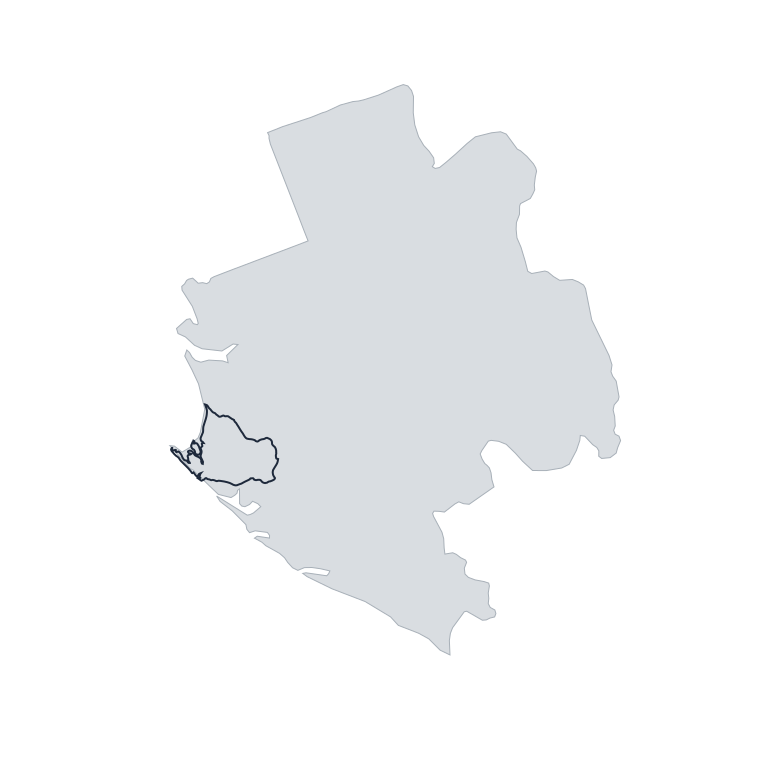 Bendjè, Ogooué-Maritime, Gabon shown in context, rotated 339°
{"feature_id": "22940354B80874584292882", "entity_name": "Bendjè", "entity_type": "district", "adm_level": 2, "iso_a3": "GAB", "parent_name": "Gabon", "parent_adm1": "Ogooué-Maritime", "projection": "natural_earth1", "projection_center": [9.224, -0.836], "detail": "fine", "context": "in_parent", "style": "outline", "palette": "slate", "viewbox_px": 768, "rotation_deg": 339, "n_neighbors": 0, "source": "geoboundaries", "source_scale": "gbopen_adm2", "svg_char_len": 7969}
<svg xmlns="http://www.w3.org/2000/svg" viewBox="0 0 768 768"><g transform="rotate(339 384 384)"><path d="M514.9,119.9L514.6,126.1L508.5,141.3L505.6,153.1L504.9,165.6L506.6,175.6L509.5,182.8L511.4,190.6L510.0,196.1L507.0,198.4L509.0,201.1L513.5,201.8L521.0,199.4L532.7,195.2L547.9,189.2L557.9,186.0L574.4,188.0L583.2,190.3L587.7,194.5L592.6,212.5L595.0,215.2L599.0,222.8L602.4,232.0L603.1,236.6L602.7,240.0L599.4,245.0L595.6,252.2L594.3,256.7L591.1,259.9L587.1,263.2L576.1,264.5L574.4,266.4L571.3,274.1L565.5,280.7L562.8,286.9L560.5,295.2L560.9,305.5L559.8,320.3L558.6,330.3L561.5,333.8L574.7,336.2L577.2,338.2L580.7,344.4L585.2,350.2L597.3,353.9L602.0,358.3L605.8,363.2L606.3,367.2L603.5,383.3L600.9,398.7L601.9,410.4L602.9,421.6L604.3,437.9L603.7,447.9L600.3,453.9L600.3,458.7L601.8,464.5L598.8,480.3L596.8,483.0L591.4,486.0L588.6,490.3L587.7,497.0L584.8,506.1L581.8,509.5L581.8,513.7L584.7,516.9L584.6,521.6L579.2,527.3L576.0,531.7L568.8,533.8L560.5,531.5L558.6,528.4L560.6,523.4L559.9,519.5L557.1,515.4L552.7,504.7L548.8,502.4L546.6,506.8L539.9,514.9L528.1,525.3L519.8,526.1L504.5,523.0L491.7,518.0L485.7,505.8L481.9,495.8L476.5,484.1L470.4,478.5L463.8,475.0L460.9,474.7L451.5,481.2L448.7,483.8L448.7,489.3L449.6,494.4L451.0,496.8L452.3,500.1L452.1,505.2L450.4,512.0L449.8,519.5L420.4,526.8L415.3,524.2L411.6,520.8L407.2,521.4L394.5,525.2L389.8,522.6L385.1,520.6L383.0,522.2L382.8,525.5L385.0,543.1L384.3,549.8L381.4,558.6L379.9,564.6L387.7,566.2L390.5,569.0L393.2,573.5L397.0,577.6L397.2,580.1L393.0,584.7L391.5,590.4L393.5,594.8L398.8,599.5L406.6,604.3L410.4,607.4L410.0,610.3L406.4,616.5L405.0,621.7L402.6,626.4L403.1,630.7L406.5,634.7L406.2,638.4L403.8,641.1L399.0,640.5L394.9,640.9L391.2,639.8L379.8,625.8L377.3,625.4L360.7,636.1L356.6,640.6L353.1,646.9L348.5,660.6L341.0,652.6L334.5,638.0L326.9,629.0L310.9,614.5L306.7,603.8L288.4,580.3L262.2,556.7L243.2,536.3L240.3,531.7L243.5,532.3L261.8,542.5L264.3,541.3L266.5,539.1L258.5,533.7L251.0,529.5L243.9,526.9L236.8,527.1L232.8,522.8L230.2,516.2L228.9,510.6L225.8,504.7L215.7,492.6L213.3,487.9L207.8,481.5L211.1,480.7L221.9,486.8L222.9,484.3L222.0,480.8L211.1,474.9L205.2,474.6L203.9,470.5L204.7,465.8L196.9,448.1L188.9,434.9L187.6,428.6L209.3,457.4L212.2,457.9L216.0,457.6L225.0,454.4L223.3,450.5L219.3,446.4L215.3,448.3L210.2,448.7L207.5,447.0L206.3,444.0L211.5,430.1L209.2,430.8L207.6,433.3L204.8,434.4L200.5,435.2L189.8,427.7L180.3,407.5L177.8,403.4L175.3,396.4L172.8,393.5L162.0,364.8L166.1,366.9L171.1,375.2L180.7,373.5L184.4,368.7L187.7,368.8L191.1,367.7L195.3,363.2L207.6,343.4L210.9,317.4L209.8,301.9L208.0,286.5L212.1,281.6L213.7,284.9L214.5,290.3L216.4,294.4L220.8,298.0L229.0,298.9L241.6,304.6L246.1,308.3L247.3,301.0L261.8,294.8L257.4,292.6L244.5,295.1L226.8,285.9L221.0,280.0L215.5,268.9L209.8,263.1L210.2,257.8L222.9,253.0L226.3,253.6L227.6,259.3L231.0,261.7L232.3,260.9L232.9,256.0L232.9,242.8L229.1,224.0L230.2,220.4L233.7,219.1L236.8,216.6L239.0,216.1L243.3,216.6L245.5,220.9L246.6,223.3L251.0,224.4L254.5,226.8L257.6,226.1L260.2,223.4L263.9,222.9L275.5,222.9L286.0,222.9L306.9,223.0L327.8,223.1L348.7,223.2L364.4,223.2L364.3,212.5L364.3,195.9L364.2,176.2L364.1,157.4L364.0,140.0L363.9,119.4L364.7,113.4L365.7,111.0L365.4,107.6L381.6,107.4L410.8,108.9L423.6,108.7L427.3,109.0L443.3,107.9L456.2,109.2L461.7,110.7L466.7,111.4L482.2,112.3L502.4,111.2L509.3,111.4L513.1,114.3L514.9,119.9Z" fill="#d9dde1" stroke="#a8b0b8" stroke-width="1"/><path d="M231.1,363.9L230.3,362.9L229.6,362.2L228.9,361.2L228.2,360.2L227.6,359.3L227.0,358.4L226.4,358.0L225.8,357.7L225.0,357.5L224.1,357.2L223.5,356.6L223.0,356.0L222.3,355.8L221.3,355.8L220.0,355.9L218.9,355.7L218.1,355.1L217.7,354.3L217.3,353.5L216.6,352.6L216.3,351.9L216.0,351.1L215.5,350.3L214.8,349.8L214.1,349.0L213.6,347.9L213.2,346.7L212.8,345.4L212.1,344.1L211.8,342.8L211.5,341.3L211.1,340.3L210.0,339.3L209.6,339.0L209.5,343.1L209.2,345.2L208.7,346.6L208.2,347.7L207.4,349.3L206.5,350.8L205.0,352.9L202.7,355.7L200.2,358.9L199.4,360.4L198.3,363.1L197.6,364.3L195.6,366.4L193.5,368.6L193.1,369.5L192.9,370.6L192.9,371.4L193.3,372.1L193.8,372.9L194.1,373.3L194.4,374.4L193.8,374.1L193.3,374.0L192.6,374.3L192.4,375.0L192.3,376.2L192.1,376.9L191.5,377.2L190.7,377.5L190.0,378.0L189.7,378.5L189.7,379.6L189.7,380.8L189.4,381.9L188.9,382.8L188.4,383.5L187.7,384.3L187.2,385.1L186.8,386.2L186.8,387.5L187.0,389.5L187.1,391.9L186.4,393.2L186.2,393.6L185.5,393.0L185.5,391.6L185.6,390.7L186.1,390.0L186.1,387.9L185.7,387.1L185.1,386.3L184.4,385.4L183.5,384.6L182.6,383.6L182.0,382.8L181.7,381.9L181.5,381.0L181.3,379.8L180.9,378.8L180.5,377.9L179.5,377.0L178.6,376.5L177.4,376.5L176.9,376.7L176.7,377.3L176.8,378.2L177.0,378.6L177.6,379.1L178.5,379.7L179.0,380.2L178.3,380.4L177.6,380.4L176.5,380.2L175.8,380.2L175.2,380.5L174.8,381.0L174.7,381.9L174.5,383.3L174.3,384.0L174.0,384.9L174.0,386.1L174.1,386.8L174.5,387.7L174.4,388.1L173.3,387.6L172.9,386.9L172.6,385.8L172.4,384.8L171.7,384.5L171.2,384.2L170.6,383.5L170.1,383.0L169.9,382.1L169.6,380.8L169.5,379.7L169.5,378.3L169.4,377.3L169.0,375.5L168.6,374.5L168.0,373.4L167.2,373.3L166.0,373.2L165.5,372.6L165.6,372.0L166.0,371.1L165.5,370.7L164.7,370.7L163.4,370.5L162.8,370.1L162.6,369.1L162.9,368.7L163.3,367.8L162.9,367.7L162.2,368.3L161.7,369.0L161.7,370.1L162.1,371.5L162.4,372.2L162.7,373.1L163.2,374.5L163.6,375.3L164.1,376.4L164.9,377.5L165.6,378.7L166.0,379.6L166.3,381.2L166.8,382.9L168.8,387.4L171.0,392.3L172.3,395.9L172.6,397.3L172.8,398.2L173.3,398.6L173.8,398.5L174.4,398.2L174.7,398.8L175.0,400.1L175.2,400.8L175.5,402.0L176.0,402.8L176.8,403.2L177.5,403.1L178.4,402.2L178.9,401.8L179.9,401.6L181.1,401.6L180.4,402.0L180.0,402.5L179.4,403.3L179.0,403.8L178.6,404.4L178.6,404.8L178.7,405.2L178.9,405.7L178.5,406.0L178.0,405.9L177.4,405.6L176.7,405.1L175.6,404.0L177.0,406.0L178.6,408.5L179.0,408.9L180.2,408.8L181.4,408.7L182.4,408.5L182.8,408.2L183.7,408.0L184.5,408.3L184.9,409.2L185.3,409.6L185.9,410.0L186.8,410.5L187.5,411.2L188.1,411.8L188.7,412.0L189.5,412.1L190.0,412.3L190.9,412.9L191.6,413.5L192.4,414.3L193.0,414.7L193.7,414.9L194.9,415.0L196.3,415.7L199.8,417.7L202.6,419.6L204.6,421.2L206.2,422.9L207.3,424.2L208.0,424.7L208.8,425.3L209.4,425.5L210.3,425.8L213.8,425.8L215.2,425.9L217.1,425.6L219.6,425.3L222.6,425.1L224.4,424.9L225.0,424.5L225.5,424.3L226.3,424.5L226.8,424.7L227.3,424.8L228.1,425.2L228.4,425.9L228.4,426.6L229.1,427.3L229.9,427.8L230.8,428.1L231.8,428.2L233.4,428.8L234.2,429.4L234.6,430.1L234.8,430.8L235.1,431.6L235.5,432.3L236.2,433.0L236.7,433.4L237.5,433.9L238.0,433.9L238.8,434.1L239.6,434.2L240.1,434.0L240.9,433.9L241.7,433.8L242.9,434.1L245.0,434.1L246.8,433.9L247.4,433.7L248.2,433.2L248.5,432.7L248.3,431.7L248.1,431.1L247.9,429.2L248.1,427.9L248.5,426.4L249.5,424.7L251.6,423.0L254.4,420.9L255.8,419.7L256.8,418.5L258.3,416.1L258.1,415.9L257.4,415.6L256.8,414.9L256.9,413.9L257.1,413.0L257.5,411.8L258.2,410.8L258.7,409.9L258.8,409.2L259.4,407.8L259.7,406.0L259.6,404.0L258.9,402.6L258.3,401.4L258.0,400.3L258.1,399.6L258.4,398.7L258.7,397.5L258.6,396.3L257.8,394.6L257.0,393.8L255.6,392.4L254.5,392.1L253.2,392.3L252.0,392.3L250.2,391.9L248.7,391.8L247.3,391.9L246.4,392.3L245.4,392.4L244.6,392.0L243.7,391.2L243.3,390.2L242.5,389.5L241.3,388.6L240.1,387.9L238.8,387.3L237.9,386.8L236.5,385.9L235.8,385.0L235.2,383.5L234.8,381.6L234.5,379.6L233.8,377.0L233.2,373.9L232.8,371.5L232.4,369.8L232.0,367.5L231.2,365.7L231.0,364.3L231.1,363.9ZM186.3,383.5L187.2,383.1L187.8,382.6L188.4,381.9L188.7,380.8L188.7,378.6L188.8,376.3L188.7,374.7L188.4,374.0L188.3,372.8L187.5,372.0L186.7,371.7L185.9,371.7L185.3,371.5L185.4,371.1L185.8,370.7L186.2,370.3L186.4,369.6L186.2,369.1L185.8,368.6L185.4,369.1L184.8,369.7L184.1,370.2L183.6,370.7L183.0,371.2L182.4,371.9L181.9,372.6L181.7,373.2L181.6,373.7L181.6,374.3L181.7,375.2L181.9,375.7L182.3,376.3L182.7,376.8L183.1,377.4L183.2,378.1L183.3,378.9L183.2,379.9L182.9,380.7L183.1,381.5L183.5,382.4L184.1,382.8L185.1,383.4L185.7,383.5L186.3,383.5Z" fill="none" stroke="#1e293b" stroke-width="2"/></g></svg>